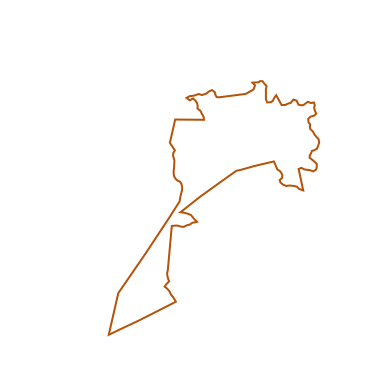 Baturité, Ceará, Brazil (Albers equal-area conic projection), rotated 54°
{"feature_id": "56859067B81939752180598", "entity_name": "Baturité", "entity_type": "district", "adm_level": 2, "iso_a3": "BRA", "parent_name": "Brazil", "parent_adm1": "Ceará", "projection": "albers", "projection_center": [-38.851, -4.425], "detail": "fine", "context": "isolated", "style": "outline", "palette": "amber", "viewbox_px": 384, "rotation_deg": 54, "n_neighbors": 0, "source": "geoboundaries", "source_scale": "gbopen_adm2", "svg_char_len": 2163}
<svg xmlns="http://www.w3.org/2000/svg" viewBox="0 0 384 384"><g transform="rotate(54 192 192)"><path d="M256.1,101.1L236.0,92.2L236.8,89.3L239.8,87.8L242.3,85.2L243.9,83.6L246.5,81.9L246.8,78.3L244.5,75.8L242.4,74.6L239.6,75.1L236.5,75.8L233.5,76.7L231.6,75.2L230.8,73.1L229.3,70.9L230.0,68.5L230.5,65.6L228.7,62.8L226.7,59.9L223.4,58.5L220.6,58.9L217.8,59.2L214.4,58.6L210.4,59.3L208.4,58.1L206.7,56.6L204.5,56.9L201.2,55.1L200.7,51.8L202.0,48.5L201.6,45.4L198.8,44.9L195.5,43.6L193.8,41.6L191.3,40.7L189.9,43.5L187.1,45.3L187.1,48.3L187.2,50.7L186.1,52.6L184.0,54.5L179.5,53.7L176.9,55.6L177.9,59.6L176.8,62.9L176.4,65.4L174.3,68.4L163.2,67.0L164.2,70.2L165.7,72.8L165.8,75.2L163.8,78.5L160.4,77.7L152.3,71.8L150.1,69.4L147.1,69.8L143.8,69.8L142.3,71.8L142.2,74.0L140.3,76.8L139.1,78.8L142.8,78.3L145.2,82.0L145.0,84.5L144.2,90.9L142.8,93.5L131.2,114.6L129.7,116.2L127.2,116.0L124.6,114.9L121.3,115.9L120.6,119.4L120.8,122.7L119.4,127.0L116.7,128.9L115.1,134.0L113.0,137.8L112.7,141.1L116.6,139.9L116.9,136.2L120.2,135.5L122.7,135.6L125.2,136.5L127.7,138.5L131.2,137.5L134.9,138.1L138.3,138.5L140.6,139.9L123.5,163.0L131.0,171.6L139.2,181.0L148.3,181.4L149.4,184.1L151.1,185.8L153.4,186.7L156.4,187.8L158.9,189.9L161.6,192.0L164.1,194.4L166.9,196.4L169.0,197.3L172.1,197.5L174.3,197.0L176.4,195.7L178.8,195.7L182.2,197.0L184.9,199.2L187.4,202.4L190.0,205.2L192.3,207.5L199.8,226.6L206.4,244.2L212.8,261.3L214.4,265.5L230.5,311.1L258.6,343.3L261.6,326.8L264.7,310.8L271.3,269.5L268.9,269.3L265.9,269.1L262.6,269.3L259.0,268.6L255.5,268.9L252.5,269.8L251.4,266.7L250.8,263.0L248.1,262.3L245.3,261.2L243.1,259.9L240.8,257.3L207.6,228.3L209.3,225.4L210.8,223.3L213.2,221.6L215.4,219.1L215.7,216.4L217.1,212.9L217.1,209.8L218.1,207.8L219.0,205.5L215.4,206.1L212.7,206.2L210.0,206.4L206.7,208.5L204.1,210.6L201.6,213.2L200.6,188.5L200.6,184.7L200.7,167.9L200.7,163.9L200.9,143.6L202.4,140.4L204.1,135.9L207.7,126.2L215.4,107.8L218.5,108.4L221.0,109.1L223.9,109.7L227.1,108.5L231.0,108.8L233.5,110.7L233.9,114.1L236.2,114.8L239.4,114.1L242.5,112.3L244.0,109.4L247.0,106.0L249.4,104.0L252.5,103.5L256.1,101.1Z" fill="none" stroke="#b45309" stroke-width="2"/></g></svg>